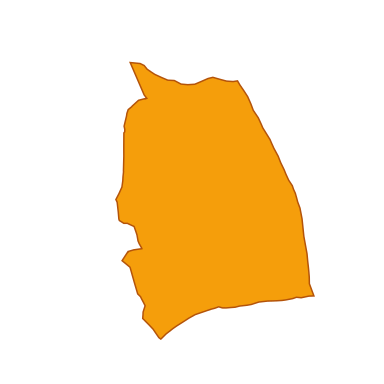 Bani Surim, Amran, Yemen (Mercator projection), rotated 67°
{"feature_id": "15242507B49574817537392", "entity_name": "Bani Surim", "entity_type": "district", "adm_level": 2, "iso_a3": "YEM", "parent_name": "Yemen", "parent_adm1": "Amran", "projection": "mercator", "projection_center": [43.98, 16.128], "detail": "fine", "context": "isolated", "style": "filled", "palette": "amber", "viewbox_px": 384, "rotation_deg": 67, "n_neighbors": 0, "source": "geoboundaries", "source_scale": "gbopen_adm2", "svg_char_len": 1939}
<svg xmlns="http://www.w3.org/2000/svg" viewBox="0 0 384 384"><g transform="rotate(67 192 192)"><path d="M335.3,120.4L322.3,119.8L316.1,117.3L311.3,115.7L307.5,114.5L301.1,112.6L293.9,110.3L293.5,110.2L276.6,106.4L259.7,101.2L255.5,100.3L249.0,98.9L242.3,98.6L238.3,98.0L235.8,97.7L233.6,97.4L229.2,97.5L225.4,97.2L218.9,98.4L212.1,98.6L207.6,98.5L199.8,98.9L195.6,98.8L192.8,98.7L183.4,99.6L181.9,99.6L178.4,99.7L174.2,99.7L167.0,100.8L160.6,101.8L156.6,101.8L149.6,102.0L140.8,103.7L134.3,103.4L132.5,103.4L126.0,103.5L119.1,104.7L112.2,106.1L107.5,106.7L106.4,111.0L103.4,116.9L99.1,122.4L94.6,128.0L93.8,132.9L93.9,140.6L93.9,147.3L91.6,153.9L88.4,159.9L82.5,164.7L79.6,170.6L74.6,175.4L69.2,180.3L65.3,182.9L61.5,185.3L56.9,186.6L53.5,189.5L48.7,198.3L84.0,198.1L88.1,197.0L88.0,198.7L87.7,198.7L86.7,205.4L89.6,213.6L89.9,214.0L91.2,218.5L94.2,221.2L96.5,222.6L104.9,228.8L108.1,229.4L110.3,230.4L111.0,231.6L123.0,236.8L128.2,239.0L132.5,240.8L146.1,247.0L146.4,247.0L151.1,249.6L154.6,251.3L160.1,254.6L164.9,259.8L169.2,265.0L172.2,264.9L181.6,267.7L188.3,269.9L189.9,270.0L194.2,267.0L195.6,263.7L196.8,262.7L201.1,258.8L206.3,259.1L209.9,259.4L216.0,260.8L219.0,260.8L224.3,260.2L224.6,260.3L223.4,264.8L222.8,267.1L222.5,268.2L221.8,274.0L222.3,274.2L222.2,274.7L227.9,283.2L236.9,278.5L237.6,278.5L247.0,279.7L254.2,280.6L264.6,281.8L268.2,280.3L270.4,280.2L274.9,279.8L278.4,279.6L283.4,283.9L285.9,285.1L289.2,286.8L289.9,286.5L295.7,284.2L297.7,283.4L302.3,281.7L302.7,281.5L307.2,280.6L313.1,279.4L315.2,278.2L315.1,277.8L312.5,271.3L310.2,262.7L309.3,258.4L308.2,251.6L306.9,244.2L306.1,237.0L307.3,220.5L307.9,216.5L308.1,212.3L309.5,210.6L310.5,209.4L312.0,206.0L313.4,201.7L314.9,197.3L315.6,192.7L317.7,185.7L318.7,181.4L319.4,173.5L321.9,165.1L323.6,160.8L325.3,156.3L327.0,151.5L328.0,147.8L329.5,140.8L329.7,137.0L332.0,132.8L333.5,125.1L335.3,120.4Z" fill="#f59e0b" stroke="#b45309" stroke-width="1.5"/></g></svg>